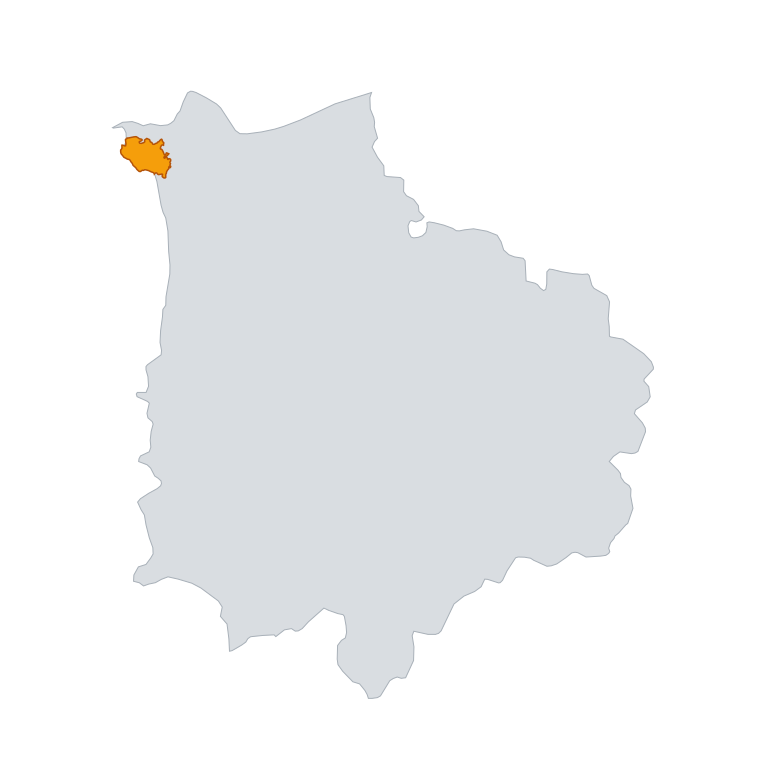 Malaryta, Brest, Belarus shown in context, rotated 84°
{"feature_id": "67162791B17752609820062", "entity_name": "Malaryta", "entity_type": "district", "adm_level": 2, "iso_a3": "BLR", "parent_name": "Belarus", "parent_adm1": "Brest", "projection": "mercator", "projection_center": [24.072, 51.803], "detail": "fine", "context": "in_parent", "style": "filled", "palette": "amber", "viewbox_px": 768, "rotation_deg": 84, "n_neighbors": 0, "source": "geoboundaries", "source_scale": "gbopen_adm2", "svg_char_len": 7633}
<svg xmlns="http://www.w3.org/2000/svg" viewBox="0 0 768 768"><g transform="rotate(84 384 384)"><path d="M633.6,565.6L621.2,564.9L606.3,565.2L598.0,571.0L588.9,568.2L582.5,571.4L567.7,587.5L562.0,596.0L556.5,609.2L553.2,619.0L555.0,625.8L557.7,632.1L558.4,638.9L559.7,644.2L556.1,648.1L554.0,653.7L547.8,652.7L540.2,647.4L538.6,639.6L532.7,634.2L528.9,631.4L522.6,631.0L512.4,633.5L499.2,635.4L489.2,636.0L483.7,638.7L475.7,641.4L472.6,638.2L468.1,629.4L464.4,620.6L461.9,616.8L459.7,615.7L457.0,615.9L453.9,618.7L451.6,621.6L443.2,624.9L439.6,628.0L435.5,636.1L432.8,635.5L430.1,633.7L426.9,624.6L422.5,622.5L415.5,622.4L406.8,620.5L399.8,617.8L397.2,618.4L393.0,622.3L388.4,622.8L378.5,619.4L376.6,621.0L370.8,630.9L368.1,631.4L366.6,630.2L367.5,621.5L361.7,618.4L352.0,618.0L345.1,619.2L341.8,618.9L340.1,617.2L331.7,602.6L327.3,601.7L319.3,602.4L307.6,600.6L294.1,597.3L286.7,596.1L282.9,592.8L274.5,591.7L252.2,585.5L243.1,584.4L229.7,584.3L209.2,582.9L196.1,583.7L190.1,585.8L183.0,587.0L158.8,588.7L150.1,590.4L147.6,593.5L144.7,600.2L134.7,611.8L125.0,619.5L123.3,620.2L117.6,616.1L112.8,614.7L107.3,614.3L103.4,615.6L100.9,617.5L101.2,626.4L100.7,627.2L96.4,616.6L96.7,607.0L99.1,601.5L102.0,596.5L100.8,589.1L103.7,579.2L103.7,572.1L102.5,569.0L100.2,565.4L93.9,561.4L91.1,558.3L82.5,554.2L74.0,549.0L72.6,545.8L73.0,543.7L74.5,540.4L80.9,530.7L88.0,521.3L92.5,517.5L116.3,505.3L120.0,501.1L120.9,493.9L120.5,479.3L119.1,466.0L117.3,456.8L112.7,439.5L100.3,403.5L92.8,365.9L97.6,368.1L109.1,368.9L118.1,366.3L122.8,366.0L127.0,366.8L138.9,364.7L141.9,368.1L147.2,371.1L157.7,366.8L167.0,361.4L176.6,362.0L178.0,359.4L180.4,346.0L183.3,343.0L194.8,344.4L199.1,342.0L203.5,335.3L210.3,331.2L216.0,331.2L221.9,326.6L224.8,329.7L226.2,335.2L224.3,339.7L225.1,341.4L229.2,343.6L236.2,343.6L240.7,341.7L241.8,339.2L241.7,334.6L240.6,330.3L237.7,326.5L232.1,324.6L228.2,324.5L227.5,322.2L228.9,317.1L232.3,307.8L236.5,299.3L239.1,296.1L239.6,293.1L239.1,288.0L239.0,278.7L242.8,265.7L247.9,255.9L254.8,252.7L263.2,251.0L268.5,246.3L271.2,241.0L273.5,232.5L276.2,230.8L296.4,231.9L299.5,223.4L301.2,221.0L305.1,218.5L307.8,215.5L306.8,213.2L301.6,211.7L289.5,210.3L287.0,207.5L287.8,204.2L291.0,195.4L294.1,184.0L295.7,175.2L295.9,170.0L297.6,168.6L307.5,167.0L310.8,165.2L319.4,153.2L325.9,151.1L342.6,154.2L350.3,154.0L360.1,154.8L360.9,153.6L364.4,141.7L381.0,122.5L389.8,115.8L395.4,114.3L397.4,114.6L406.3,124.8L408.4,125.2L414.3,121.0L424.6,120.6L429.4,124.1L436.1,136.6L439.7,138.1L449.6,131.1L455.1,128.8L458.8,128.9L477.6,138.5L478.9,141.6L479.1,145.2L476.2,156.5L480.0,163.4L484.6,168.1L494.2,160.3L497.8,158.2L501.7,158.1L506.9,155.2L510.7,150.9L514.3,149.4L521.2,150.4L533.7,149.4L548.2,156.2L549.4,158.3L556.7,166.2L559.3,170.2L561.7,171.4L565.5,175.3L570.7,177.7L574.3,177.0L576.0,178.3L577.6,181.3L577.8,186.5L577.2,201.2L572.0,208.9L571.3,211.6L571.6,214.9L575.7,221.2L581.0,231.0L582.3,236.7L582.3,241.0L575.0,253.5L572.6,256.4L570.9,262.5L570.1,268.7L570.6,271.3L582.7,281.2L591.6,286.6L593.7,289.2L593.8,290.8L589.1,301.4L588.6,304.2L595.8,308.6L599.8,315.5L603.3,326.7L610.1,337.4L635.5,353.0L637.7,355.8L638.4,359.1L637.6,366.4L633.0,380.2L637.3,382.3L648.5,381.7L662.1,383.5L678.4,393.2L678.5,397.6L676.8,401.5L677.9,405.7L679.7,409.3L693.8,420.1L695.2,423.3L695.4,428.5L695.0,432.4L691.1,433.2L686.8,435.0L679.7,439.6L676.9,446.1L665.4,455.1L658.3,459.1L652.7,459.3L639.2,457.5L634.5,453.1L632.5,449.0L627.4,447.2L620.5,447.0L611.0,447.7L609.1,448.9L607.5,453.9L603.5,462.4L600.6,467.2L612.6,484.0L618.7,490.9L620.6,495.1L620.5,498.1L617.6,501.6L618.1,508.7L623.9,518.0L622.0,519.5L621.4,530.9L621.4,543.1L623.0,546.0L626.2,548.4L628.8,552.9L633.3,563.0L633.6,565.6Z" fill="#d9dde1" stroke="#a8b0b8" stroke-width="1"/><path d="M112.5,613.7L112.9,613.7L113.3,614.4L113.5,615.2L114.0,615.6L115.4,615.6L117.3,615.5L118.1,615.5L119.2,615.8L120.1,616.1L120.1,617.0L119.8,617.7L119.2,618.6L119.1,619.7L120.1,619.8L121.3,619.9L122.1,620.0L123.3,620.8L123.7,621.4L125.0,621.6L126.5,621.6L127.7,621.3L129.6,620.0L131.3,619.0L132.6,617.0L133.3,616.1L133.7,615.3L134.0,614.1L134.8,613.2L136.5,612.5L138.3,611.3L140.3,610.7L141.4,609.7L142.9,608.3L144.8,607.3L145.7,606.5L147.0,605.3L147.2,604.5L147.2,603.8L146.4,602.6L146.2,602.0L146.4,600.7L145.9,599.6L146.2,598.3L147.2,595.7L148.0,594.5L148.7,593.3L149.7,591.2L150.6,590.6L151.3,590.5L151.1,590.3L150.7,589.9L150.4,589.4L150.2,588.9L150.2,588.4L150.5,587.9L151.0,587.5L151.6,587.2L151.9,586.8L152.1,586.6L152.2,586.2L152.2,585.6L152.1,584.8L152.0,583.1L152.1,582.7L152.3,582.4L152.6,582.4L152.9,582.4L153.4,582.7L153.9,582.9L154.5,582.8L155.0,582.6L155.3,582.1L155.6,581.9L155.9,581.6L156.1,581.0L156.2,580.5L156.1,579.9L155.8,579.5L155.4,579.4L154.9,579.4L154.0,579.3L153.2,579.2L152.5,579.0L152.1,578.8L151.7,578.4L151.2,578.3L150.7,578.2L149.9,577.9L149.2,577.3L148.4,576.7L147.7,575.9L147.4,575.6L146.9,575.5L146.5,575.4L145.8,575.4L145.5,575.0L145.8,574.9L146.2,574.6L146.5,574.5L146.5,574.1L146.3,573.8L146.0,573.6L145.6,573.4L145.3,573.4L145.0,573.5L144.8,573.8L144.4,573.9L144.0,574.0L143.3,573.8L142.9,573.5L142.5,573.3L142.3,573.3L142.2,573.4L141.9,573.6L141.7,573.7L141.5,573.8L141.0,573.8L140.5,573.4L140.2,573.0L139.7,572.9L139.4,572.8L139.1,572.7L138.8,572.7L138.6,572.8L138.3,572.8L138.0,573.0L137.8,573.2L137.7,573.5L137.4,574.2L137.5,574.5L137.7,574.8L137.9,575.0L138.1,575.2L138.1,575.4L137.9,575.6L137.6,575.7L137.3,575.7L136.8,575.8L136.3,576.1L136.1,576.4L135.7,576.7L135.6,577.1L135.8,577.5L136.0,577.8L136.2,578.1L136.4,578.4L136.4,578.8L136.1,579.1L135.8,579.2L135.3,579.0L135.0,578.7L134.9,578.3L134.8,577.9L134.8,577.4L134.8,577.0L134.6,576.6L134.5,576.1L134.4,575.9L134.0,575.4L133.7,575.1L133.3,574.8L133.0,574.4L132.6,573.9L132.5,574.0L132.2,574.5L132.1,574.8L131.9,575.1L131.8,575.4L131.5,575.7L131.4,576.2L131.6,576.5L132.0,576.7L132.3,576.7L132.8,576.9L133.1,577.4L133.2,577.6L133.3,578.1L133.2,578.4L132.7,578.6L132.4,578.7L132.0,578.8L131.6,578.9L131.0,579.1L130.5,579.2L129.7,579.5L128.8,579.8L128.1,580.1L127.6,580.4L127.3,580.7L127.1,581.1L127.1,581.5L126.7,581.8L126.4,581.8L125.8,581.6L125.5,581.6L125.0,581.4L124.5,581.1L124.1,580.8L123.8,580.6L123.4,580.3L123.2,580.0L123.1,579.6L123.2,579.3L123.2,579.0L123.3,578.6L123.5,578.3L123.3,578.2L123.1,578.2L122.9,578.2L122.7,578.3L122.3,578.3L122.0,578.1L121.4,577.8L121.1,577.8L120.7,578.0L120.4,578.3L120.0,578.7L119.5,578.9L119.0,579.0L118.3,579.1L118.0,579.2L117.6,579.3L117.3,579.6L117.3,579.9L117.5,580.3L117.7,580.6L117.9,580.9L118.4,581.5L118.9,582.0L119.3,582.4L119.6,582.8L119.6,583.2L119.7,583.6L119.9,584.0L120.1,584.2L120.5,584.4L120.7,584.7L120.8,585.0L120.9,585.6L120.9,586.1L121.1,586.5L121.5,587.0L121.6,587.3L121.6,587.7L121.5,588.2L121.4,588.8L121.0,589.0L120.6,589.2L120.1,589.4L119.8,589.6L119.4,589.8L119.3,590.0L119.2,590.4L119.1,590.7L118.8,591.0L118.2,591.3L117.6,591.4L117.2,591.4L116.8,591.5L116.6,591.7L116.3,591.9L116.2,592.1L116.0,592.5L115.8,592.9L115.6,593.2L115.3,593.5L115.2,593.9L115.0,594.4L115.2,594.8L115.4,595.0L115.7,595.3L115.9,596.0L116.4,596.6L117.1,596.7L117.8,596.6L118.2,596.7L118.5,597.2L118.6,597.4L118.8,597.6L118.9,597.9L119.0,598.5L119.1,599.2L119.3,599.6L119.3,600.3L119.2,600.9L119.1,601.6L118.5,602.1L117.8,602.1L117.4,602.0L117.2,601.5L117.1,600.9L117.0,600.5L116.8,600.0L116.6,599.5L116.3,599.2L116.0,599.0L115.7,599.1L115.3,599.4L115.1,599.9L114.9,600.4L114.8,600.9L114.7,601.2L114.5,601.6L114.1,602.1L113.7,602.6L113.1,603.2L112.8,603.7L112.4,604.2L112.1,604.8L112.1,605.8L112.1,607.1L112.2,608.0L112.3,609.3L112.4,610.4L112.5,611.3L112.6,612.5L112.5,613.7Z" fill="#f59e0b" stroke="#b45309" stroke-width="1.5"/></g></svg>